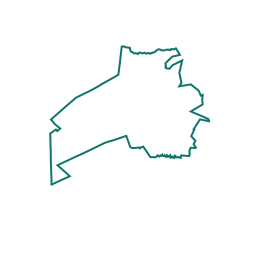 the district of Bubi, Matabeleland North, Zimbabwe, rotated 309°
{"feature_id": "62879985B291328644758", "entity_name": "Bubi", "entity_type": "district", "adm_level": 2, "iso_a3": "ZWE", "parent_name": "Zimbabwe", "parent_adm1": "Matabeleland North", "projection": "orthographic", "projection_center": [28.902, -19.567], "detail": "fine", "context": "isolated", "style": "outline", "palette": "teal", "viewbox_px": 256, "rotation_deg": 309, "n_neighbors": 0, "source": "geoboundaries", "source_scale": "gbopen_adm2", "svg_char_len": 3807}
<svg xmlns="http://www.w3.org/2000/svg" viewBox="0 0 256 256"><g transform="rotate(309 128 128)"><path d="M106.6,66.3L93.2,64.0L86.1,62.8L84.9,69.3L85.0,73.4L84.9,75.7L81.1,74.9L81.3,73.5L81.4,73.0L74.8,71.0L66.0,78.5L64.1,80.1L63.4,80.8L57.2,86.0L53.9,88.7L49.6,92.5L44.2,97.1L44.1,97.3L35.9,104.2L35.9,104.3L39.8,106.1L44.1,108.3L44.5,108.3L51.2,111.8L53.9,113.1L54.6,99.2L54.7,96.7L61.5,99.9L64.8,101.6L72.6,105.3L74.4,106.3L77.8,107.9L77.8,108.0L80.0,109.0L85.5,111.7L88.8,113.2L91.5,114.5L96.2,116.7L96.3,116.7L101.6,119.2L104.7,121.1L108.2,123.6L115.5,128.3L120.8,131.6L118.7,135.1L115.7,140.0L114.7,141.3L114.8,143.0L115.2,144.0L115.8,144.8L121.1,150.3L120.7,150.4L123.1,151.5L119.5,163.8L122.9,168.1L125.1,168.2L125.4,168.2L125.5,170.3L126.0,170.4L126.1,170.5L126.3,170.7L126.9,170.4L128.3,171.4L128.4,171.5L128.5,171.5L127.9,172.1L127.9,172.3L129.0,173.6L129.7,173.5L129.8,173.5L129.8,174.0L129.2,174.4L129.2,174.5L129.3,174.5L129.6,175.4L130.0,174.9L131.3,175.2L131.3,175.3L131.5,175.8L131.4,176.6L130.9,177.1L131.0,177.2L131.7,177.9L131.7,178.0L131.8,178.0L132.5,177.8L132.6,178.5L133.1,178.4L132.9,178.7L132.3,178.9L131.7,179.3L131.8,179.9L133.0,179.7L133.0,180.3L133.5,180.4L133.8,181.3L133.4,181.9L133.8,182.2L133.8,182.3L135.0,181.7L136.1,181.9L136.2,182.2L135.6,182.4L135.5,183.3L135.2,183.5L136.7,185.3L137.1,185.2L137.9,187.8L140.2,186.6L144.6,193.1L146.7,192.4L147.5,191.4L147.4,191.4L148.3,190.6L150.2,189.6L151.5,189.3L151.9,189.1L152.0,189.1L153.7,191.3L155.1,193.2L155.5,193.2L156.7,189.2L160.5,188.4L161.4,182.3L168.6,180.5L168.4,179.8L180.0,178.5L184.3,186.8L184.6,186.6L184.7,186.4L184.8,186.3L184.9,185.9L184.9,185.7L185.1,185.4L185.1,185.2L185.3,184.8L185.5,184.7L184.5,180.8L182.2,172.8L180.4,166.4L186.4,168.6L186.8,168.7L186.9,168.8L192.9,171.0L193.4,171.1L197.0,167.6L200.7,165.2L199.0,164.2L201.5,159.4L201.4,149.4L192.7,141.6L196.7,141.1L203.3,133.1L214.6,127.6L204.9,123.1L200.3,123.0L198.7,120.7L198.5,119.3L199.7,118.8L199.9,118.1L200.5,117.9L200.9,117.6L201.4,116.6L202.1,116.4L211.3,117.5L217.5,122.3L220.1,115.2L219.8,114.9L219.1,114.8L218.5,114.5L218.3,114.4L218.0,114.2L217.9,114.1L217.8,113.7L217.7,113.4L217.5,113.2L217.2,113.0L216.9,112.5L216.6,111.9L216.3,111.7L216.2,111.7L215.7,112.0L215.4,112.0L215.1,111.9L214.8,111.6L214.6,111.2L214.5,110.5L214.4,110.0L214.1,109.7L213.7,109.4L213.5,109.2L213.1,108.7L212.7,108.4L212.2,108.1L211.8,107.9L210.6,106.7L210.1,106.2L209.7,105.6L209.6,105.1L209.5,104.6L209.3,104.2L209.2,104.0L209.1,103.9L209.1,103.7L209.1,103.4L209.0,103.2L208.9,102.9L208.7,102.7L208.4,102.3L208.3,102.2L208.2,102.1L207.4,101.7L207.1,101.7L206.6,101.6L205.8,101.2L205.7,101.2L205.3,101.1L205.2,101.0L204.9,101.0L204.7,101.0L204.1,101.1L203.6,100.9L203.1,100.4L202.5,100.0L202.4,99.9L201.8,99.5L201.6,99.5L201.6,99.4L201.2,99.2L200.9,99.1L200.0,98.7L199.9,98.7L200.0,98.7L199.9,98.7L199.7,97.7L199.3,97.0L199.2,97.0L199.2,96.9L199.0,96.7L198.9,96.6L198.8,96.4L198.2,96.0L198.1,95.9L197.4,95.4L197.2,95.3L197.0,94.9L197.0,94.3L197.0,94.2L197.1,93.7L196.8,93.3L195.8,92.8L195.7,92.8L195.6,92.7L195.3,92.5L195.2,92.4L195.0,92.2L194.9,92.0L194.9,91.9L194.8,91.7L194.8,91.4L194.5,90.6L194.2,90.0L194.1,89.9L194.0,89.7L193.7,89.5L193.7,89.4L192.8,89.2L192.3,89.2L191.8,89.2L191.7,89.2L191.7,88.5L191.6,88.1L191.0,86.9L190.9,86.8L190.1,86.2L189.9,86.0L189.7,85.4L189.7,84.4L189.8,83.8L189.8,83.7L189.5,83.2L189.3,82.8L189.5,81.4L190.6,80.0L191.3,79.3L191.5,78.9L191.4,78.6L190.9,78.2L189.9,76.2L189.7,76.0L189.4,75.8L189.2,75.5L189.2,75.3L189.1,74.7L189.0,74.1L189.0,73.7L187.3,71.9L187.0,72.1L181.0,75.9L177.4,78.2L174.7,80.0L173.2,80.9L163.3,87.0L158.6,85.2L151.6,82.4L144.9,79.7L144.7,79.8L139.5,77.8L136.8,76.7L132.3,74.8L125.9,71.8L121.6,69.8L118.6,68.4L115.5,67.9L115.4,67.9L106.6,66.3Z" fill="none" stroke="#0f766e" stroke-width="2"/></g></svg>